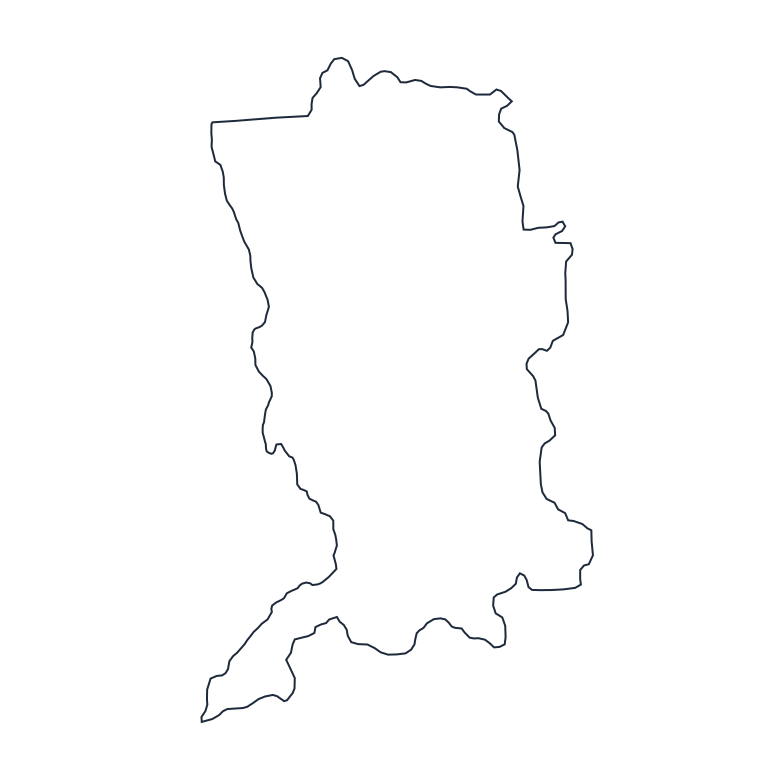 Petah Tiqwa, HaMerkaz, Israel, rotated 177°
{"feature_id": "584046B54386898087809", "entity_name": "Petah Tiqwa", "entity_type": "district", "adm_level": 2, "iso_a3": "ISR", "parent_name": "Israel", "parent_adm1": "HaMerkaz", "projection": "mercator", "projection_center": [34.939, 32.126], "detail": "fine", "context": "isolated", "style": "outline", "palette": "slate", "viewbox_px": 768, "rotation_deg": 177, "n_neighbors": 0, "source": "geoboundaries", "source_scale": "gbopen_adm2", "svg_char_len": 4331}
<svg xmlns="http://www.w3.org/2000/svg" viewBox="0 0 768 768"><g transform="rotate(177 384 384)"><path d="M241.6,659.6L244.8,662.8L251.8,670.5L256.3,672.2L263.1,667.5L277.1,668.3L283.2,672.2L285.8,674.5L295.1,676.4L302.4,677.2L312.3,677.3L321.9,679.2L326.8,681.9L330.8,684.7L337.0,686.0L346.1,684.0L351.7,684.5L354.6,689.6L360.8,695.1L367.2,696.4L371.0,696.0L378.4,692.1L380.8,690.2L388.8,683.8L392.9,682.8L397.3,690.4L399.4,699.1L403.0,708.3L409.0,711.9L416.7,711.0L420.3,706.8L424.1,700.2L429.2,697.9L431.9,692.6L431.7,683.8L436.0,677.9L440.4,673.4L441.7,667.1L441.9,661.7L446.0,655.6L456.6,655.6L478.0,655.6L520.1,654.5L541.6,654.3L542.7,652.6L543.3,643.6L543.1,636.8L543.8,629.9L541.9,620.6L540.9,615.2L535.9,611.3L533.9,604.4L533.2,598.5L533.5,591.1L532.8,582.5L531.4,575.4L529.3,571.7L526.3,567.0L524.9,563.5L523.0,556.3L521.1,552.5L519.6,544.8L517.9,539.1L516.1,533.5L514.4,530.2L511.9,525.3L510.8,519.2L510.9,513.6L510.5,506.8L508.9,497.2L505.2,490.4L500.8,486.5L498.6,482.2L495.8,474.0L494.9,467.0L497.9,458.9L499.6,452.1L502.8,448.7L505.2,447.4L508.9,446.3L510.5,445.4L512.4,442.5L513.1,437.4L513.2,432.7L514.7,427.4L512.3,423.3L511.2,416.2L511.4,409.7L508.3,402.9L504.9,398.9L501.2,395.1L497.5,388.0L496.5,381.2L496.7,377.7L500.1,371.2L500.7,369.0L503.3,364.7L504.5,359.4L505.8,352.2L507.1,349.3L507.5,346.0L507.7,341.7L506.6,336.5L505.9,332.9L505.2,330.1L505.2,325.8L504.7,322.9L502.8,321.4L500.2,320.2L498.5,320.6L496.5,323.3L495.4,327.0L494.6,329.2L489.9,329.5L487.9,325.7L486.6,322.7L484.9,320.3L482.4,316.7L479.2,315.3L478.0,312.8L476.6,307.5L475.7,298.8L475.9,288.3L472.8,283.5L470.2,282.6L466.8,280.8L466.1,277.0L464.5,273.4L461.3,271.6L458.0,270.0L455.9,266.6L453.9,258.8L450.1,257.3L444.9,254.7L441.8,250.2L442.2,241.6L440.6,236.2L439.9,231.3L439.5,225.2L442.1,218.1L443.4,215.5L441.5,206.4L441.2,201.8L449.2,194.2L452.9,191.5L455.4,189.6L458.0,188.2L461.0,187.3L466.1,187.0L468.1,188.8L472.1,189.8L476.3,188.9L479.0,187.0L480.8,184.7L483.2,183.7L486.8,182.4L489.1,181.4L492.0,180.1L495.1,175.3L497.9,173.7L503.2,171.4L507.3,168.6L508.3,165.2L507.9,162.2L512.6,155.0L518.6,151.0L523.0,146.6L527.2,143.2L530.1,139.7L534.2,135.1L536.9,131.4L542.5,125.6L545.0,123.1L548.8,120.3L552.9,115.3L553.7,111.8L554.7,107.4L555.8,105.9L557.3,103.6L560.8,101.5L566.4,101.2L572.6,98.9L576.6,88.1L577.3,78.1L577.2,73.1L579.4,66.8L583.7,61.0L583.7,56.1L573.0,58.4L566.0,62.0L561.9,65.7L557.5,67.6L541.8,67.8L537.5,68.8L531.4,72.3L525.8,75.9L519.0,78.2L511.2,79.3L507.1,77.8L500.3,72.5L497.4,73.3L491.4,80.1L489.3,84.6L488.5,95.0L492.7,105.4L496.1,113.7L491.0,120.5L488.9,128.6L486.5,133.6L479.9,134.9L472.9,136.2L466.6,139.0L465.1,144.9L459.4,147.2L454.3,148.3L451.1,151.7L443.2,153.8L440.7,148.9L436.8,145.5L434.1,140.6L433.4,134.5L430.2,127.9L423.5,125.6L414.1,124.7L407.1,120.7L401.3,116.2L394.1,113.5L385.0,113.3L376.5,113.9L370.8,117.3L367.2,122.4L366.1,127.5L364.4,133.4L361.4,136.2L357.4,138.3L353.6,142.8L346.5,146.6L339.8,147.0L335.1,145.7L331.7,142.1L329.1,138.3L325.9,136.8L319.3,135.8L316.4,131.5L311.7,126.2L307.5,125.2L303.0,125.2L296.6,123.4L292.0,119.6L287.9,115.2L282.4,115.4L277.1,117.7L275.8,124.9L275.6,136.2L278.1,144.7L284.5,149.1L286.6,157.0L285.6,165.1L282.0,167.9L273.5,170.2L267.7,173.4L262.8,177.6L261.4,183.8L258.2,187.8L253.9,185.3L251.8,180.8L250.3,173.6L246.9,170.6L239.1,170.0L228.4,169.5L215.5,169.5L203.8,170.4L197.9,173.4L198.3,179.3L197.8,188.0L193.8,192.3L188.9,193.3L184.3,202.0L184.9,215.8L184.6,227.1L188.3,229.1L193.3,233.8L201.9,237.3L207.2,238.2L209.9,245.6L216.7,249.7L219.9,256.5L227.6,260.7L231.4,267.5L232.6,275.7L232.6,286.9L232.6,298.2L229.9,312.3L226.7,316.2L221.7,318.8L215.8,323.8L215.8,331.2L219.6,338.9L221.4,345.7L223.7,348.6L228.2,351.0L231.1,362.2L232.6,379.6L234.7,384.1L240.6,391.4L240.6,396.8L238.2,401.8L232.0,406.8L227.6,410.6L224.3,410.6L219.6,408.6L216.1,411.5L213.1,418.3L202.5,423.6L196.9,436.0L196.9,447.2L198.1,459.3L197.2,478.5L197.2,485.0L195.7,496.8L189.5,503.3L188.6,508.9L190.4,514.9L205.4,516.0L207.2,521.3L204.8,524.6L198.1,527.5L194.8,532.0L197.2,536.8L201.3,536.2L205.5,532.8L213.3,531.9L221.8,531.9L229.7,530.3L236.5,530.9L237.2,539.2L235.4,554.5L237.6,563.2L240.1,574.2L237.4,590.6L238.6,610.5L240.8,626.0L242.5,628.8L250.5,633.3L255.6,640.1L255.0,647.1L252.6,652.8L246.5,655.4L241.6,659.6Z" fill="none" stroke="#1e293b" stroke-width="2"/></g></svg>